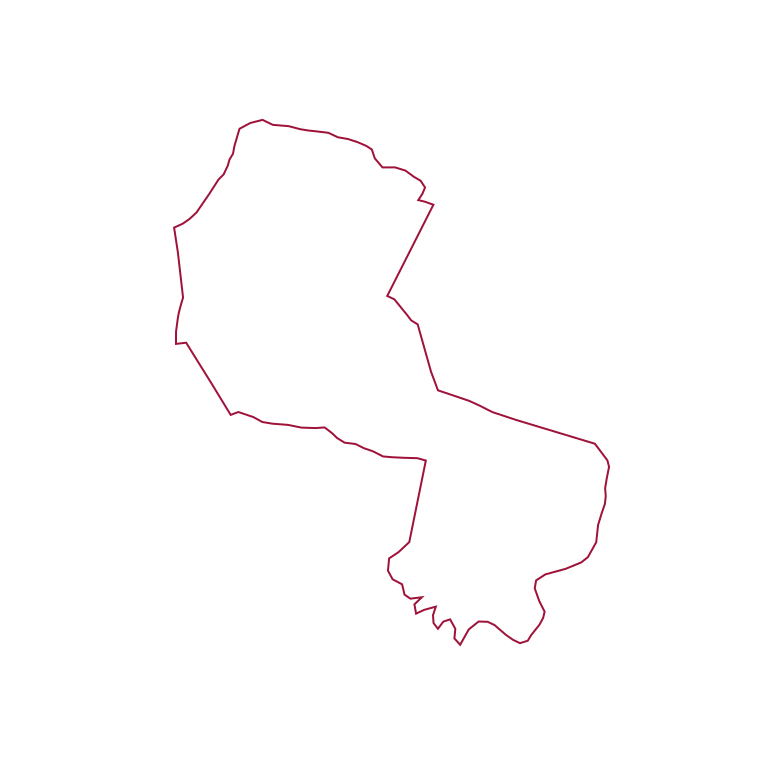 outline of São Tomé, Paraná, Brazil, rotated 67°
{"feature_id": "56859067B35955710865711", "entity_name": "São Tomé", "entity_type": "district", "adm_level": 2, "iso_a3": "BRA", "parent_name": "Brazil", "parent_adm1": "Paraná", "projection": "natural_earth1", "projection_center": [-52.521, -23.524], "detail": "fine", "context": "isolated", "style": "outline", "palette": "rose", "viewbox_px": 768, "rotation_deg": 67, "n_neighbors": 0, "source": "geoboundaries", "source_scale": "gbopen_adm2", "svg_char_len": 1698}
<svg xmlns="http://www.w3.org/2000/svg" viewBox="0 0 768 768"><g transform="rotate(67 384 384)"><path d="M546.5,447.4L557.4,453.3L567.1,452.4L575.5,445.6L585.9,447.4L591.9,443.6L595.1,432.5L598.7,442.1L607.9,444.2L607.6,435.3L609.2,423.3L615.9,429.2L623.4,431.8L630.4,430.0L625.9,422.2L626.5,415.1L637.2,414.0L645.7,418.6L653.8,415.8L643.0,401.8L639.6,389.7L643.4,381.5L649.0,376.5L662.6,369.8L669.9,365.2L675.7,360.1L676.5,352.0L672.5,346.4L666.3,334.9L661.5,328.9L656.3,325.1L644.7,325.9L631.0,325.1L624.2,320.7L622.3,309.8L625.1,289.1L625.3,272.1L623.0,263.9L612.6,250.5L597.4,242.0L588.0,234.1L580.8,227.6L573.9,223.7L566.4,221.2L558.0,215.9L548.2,209.2L541.6,208.2L521.4,213.2L468.9,276.2L452.3,295.1L447.4,299.3L441.2,304.5L432.8,312.2L410.9,336.8L391.0,335.9L342.3,329.7L336.1,334.1L329.0,335.9L310.1,341.4L304.2,346.6L238.3,268.5L232.1,275.2L228.1,280.6L224.0,274.4L219.1,269.4L211.2,270.9L205.0,275.5L195.9,280.9L189.0,289.1L184.0,300.8L172.7,304.3L163.3,303.6L158.0,307.2L150.9,314.0L144.4,321.5L138.8,330.1L131.0,337.1L124.7,348.1L121.1,354.6L116.9,361.3L109.4,371.0L102.0,385.1L93.4,392.6L91.5,405.0L92.6,417.3L106.5,428.7L113.0,433.0L117.0,438.5L121.9,442.4L128.4,449.7L131.1,456.4L140.7,470.5L152.8,489.5L156.1,498.6L157.8,506.7L158.0,516.1L182.3,522.3L225.9,535.2L233.0,541.0L238.6,545.3L243.9,548.7L254.6,555.0L265.8,559.8L268.7,550.0L315.2,542.7L352.5,537.2L352.9,529.0L363.5,517.1L371.4,510.9L377.0,502.1L384.1,488.4L391.9,477.0L397.8,464.3L400.8,455.6L409.2,450.9L415.4,448.3L422.6,443.2L428.1,433.7L435.3,427.5L441.6,420.5L450.3,413.2L454.5,405.3L459.9,394.1L465.3,382.3L470.8,375.4L539.4,422.5L544.5,436.5L546.5,447.4Z" fill="none" stroke="#9f1239" stroke-width="2"/></g></svg>